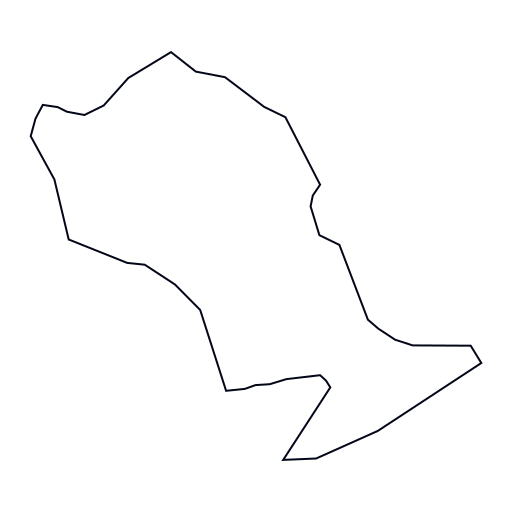 Kozje, Natural Earth projection
{"feature_id": "SVN-957", "entity_name": "Kozje", "entity_type": "Municipality", "adm_level": 1, "iso_a3": "SVN", "parent_name": "Slovenia", "parent_adm1": "", "projection": "natural_earth1", "projection_center": [15.563, 46.062], "detail": "fine", "context": "isolated", "style": "outline", "palette": "ink", "viewbox_px": 512, "rotation_deg": 0, "n_neighbors": 0, "source": "natural_earth", "source_scale": "10m", "svg_char_len": 618}
<svg xmlns="http://www.w3.org/2000/svg" viewBox="0 0 512 512"><path d="M84.4,115.0L103.7,105.5L128.3,78.0L171.0,52.1L195.8,71.6L225.0,77.2L264.2,106.9L285.4,117.2L320.1,184.7L312.8,195.5L310.6,206.4L319.4,235.2L339.4,244.9L367.9,319.7L378.5,328.8L395.1,339.7L412.6,345.4L470.7,345.7L481.3,363.0L377.8,430.9L316.1,458.5L283.2,459.9L330.3,387.4L326.0,380.6L320.1,375.2L286.5,379.1L269.7,384.2L255.5,385.1L244.8,388.9L226.1,390.8L200.2,310.0L175.0,284.5L144.7,264.7L127.2,262.9L68.7,239.5L54.4,179.5L30.7,136.2L35.5,118.6L42.8,104.9L57.7,107.1L66.9,111.7L84.4,115.0Z" fill="none" stroke="#020617" stroke-width="2"/></svg>